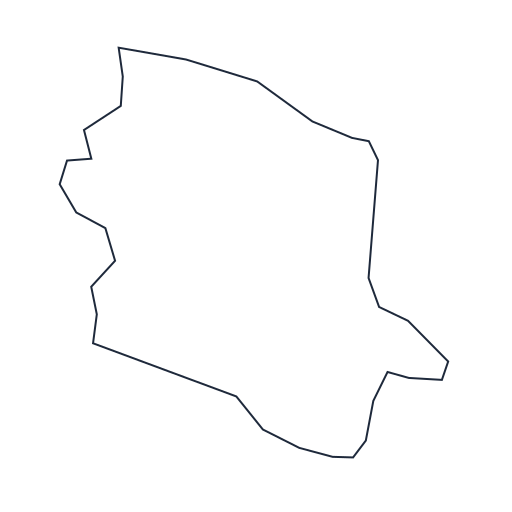 the district of Bakay-Ata, Talas, Kyrgyzstan, rotated 7°
{"feature_id": "92254566B8292928272806", "entity_name": "Bakay-Ata", "entity_type": "district", "adm_level": 2, "iso_a3": "KGZ", "parent_name": "Kyrgyzstan", "parent_adm1": "Talas", "projection": "natural_earth1", "projection_center": [71.964, 42.346], "detail": "fine", "context": "isolated", "style": "outline", "palette": "slate", "viewbox_px": 512, "rotation_deg": 7, "n_neighbors": 0, "source": "geoboundaries", "source_scale": "gbopen_adm2", "svg_char_len": 561}
<svg xmlns="http://www.w3.org/2000/svg" viewBox="0 0 512 512"><g transform="rotate(7 256 256)"><path d="M354.0,128.3L337.0,127.1L295.6,115.6L235.9,82.6L162.6,69.5L94.3,66.0L101.9,94.1L103.5,123.5L69.9,151.9L80.7,179.5L56.8,184.3L52.4,208.7L72.3,234.7L103.1,246.7L116.7,277.9L96.2,306.6L105.1,333.3L104.9,362.5L253.6,397.8L284.0,427.4L322.4,441.2L356.5,446.0L376.9,444.1L387.5,425.8L390.1,385.5L400.7,355.1L422.6,358.4L455.6,356.3L459.6,337.3L414.8,301.8L384.4,291.6L370.4,264.1L365.4,146.0L354.0,128.3Z" fill="none" stroke="#1e293b" stroke-width="2"/></g></svg>